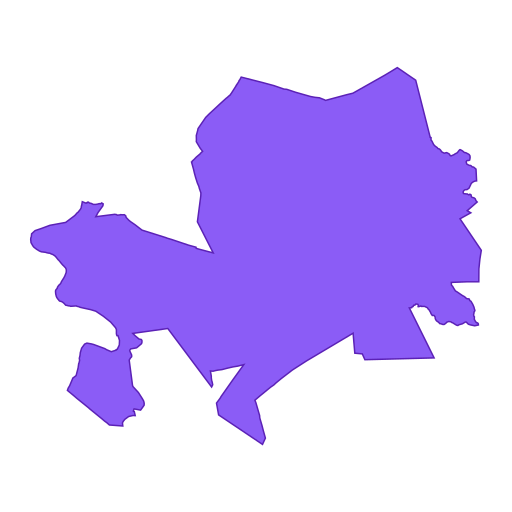 Totolapa, Chiapas, Mexico (Robinson projection)
{"feature_id": "50627088B34380257966429", "entity_name": "Totolapa", "entity_type": "district", "adm_level": 2, "iso_a3": "MEX", "parent_name": "Mexico", "parent_adm1": "Chiapas", "projection": "robinson", "projection_center": [-92.674, 16.512], "detail": "fine", "context": "isolated", "style": "filled", "palette": "violet", "viewbox_px": 512, "rotation_deg": 0, "n_neighbors": 0, "source": "geoboundaries", "source_scale": "gbopen_adm2", "svg_char_len": 5973}
<svg xmlns="http://www.w3.org/2000/svg" viewBox="0 0 512 512"><path d="M82.3,201.7L81.7,205.2L81.3,206.3L81.4,206.9L81.2,207.7L80.4,209.3L78.3,211.9L77.9,212.4L77.2,212.8L75.1,215.2L74.3,215.9L65.7,222.4L49.9,225.3L41.3,228.5L35.1,230.6L31.6,233.8L31.3,236.7L30.8,238.0L30.7,239.6L30.9,241.3L31.0,242.6L32.8,245.8L33.9,247.2L36.5,249.2L39.4,251.0L41.3,251.8L45.4,252.3L47.0,252.8L48.5,253.1L49.8,253.2L50.9,253.8L53.0,254.6L54.8,255.8L55.9,256.9L58.2,259.8L58.9,260.4L61.4,263.5L62.8,265.1L63.5,265.7L64.5,266.8L65.5,267.8L66.2,269.3L66.3,270.3L66.2,272.4L64.9,275.8L64.0,277.6L61.4,281.7L61.1,282.6L60.5,283.6L59.5,284.7L58.8,285.2L58.0,286.4L57.4,287.3L57.3,288.2L56.2,289.5L55.8,290.0L55.6,290.5L55.5,291.7L55.7,293.9L56.3,296.4L56.8,297.5L57.8,299.0L58.6,299.8L58.9,300.4L59.7,301.1L61.4,301.5L62.7,302.2L64.1,303.4L65.7,305.2L67.4,305.5L68.1,305.8L69.5,305.9L70.7,306.3L76.4,305.9L76.9,306.3L78.8,306.7L80.1,307.3L84.5,308.3L90.5,309.6L95.8,311.2L103.4,316.3L110.7,322.1L115.6,327.8L116.4,329.6L116.4,333.7L116.7,335.1L117.0,335.7L118.0,335.6L119.5,340.4L119.3,345.0L117.3,349.2L116.3,349.6L116.4,349.9L116.2,350.1L111.3,351.7L106.6,349.7L104.8,348.6L93.7,344.5L91.4,343.9L86.9,343.1L84.6,344.1L81.6,348.2L80.3,352.6L80.0,355.4L79.3,358.3L79.6,360.4L79.0,363.0L78.7,363.5L78.1,367.9L76.1,375.6L72.7,378.2L72.6,378.7L69.6,385.8L68.2,388.1L67.4,390.4L74.4,396.2L76.8,398.3L88.7,407.9L89.5,408.7L92.7,411.3L101.9,418.8L104.6,421.1L106.8,422.7L109.4,425.0L122.8,426.0L122.5,423.4L122.6,422.4L123.3,421.4L123.4,421.1L125.0,419.2L128.7,416.5L133.0,415.5L135.2,415.6L134.3,411.6L133.4,411.3L133.6,410.1L134.1,408.9L140.6,410.1L142.8,407.1L144.1,405.2L144.2,403.6L144.0,402.3L143.6,400.9L142.3,398.6L138.4,392.5L132.9,386.5L132.5,385.2L129.2,360.1L130.4,358.1L131.6,356.8L131.7,356.3L131.6,354.9L129.7,350.8L129.8,350.3L130.1,349.7L130.7,348.9L136.3,347.9L136.9,347.6L141.4,343.8L141.7,343.2L141.9,342.7L142.0,340.9L141.8,340.2L141.3,339.5L139.0,339.0L135.2,335.8L132.8,333.4L167.8,328.5L211.6,387.0L212.7,384.8L212.2,382.1L211.7,380.6L211.3,377.8L211.3,376.2L210.4,371.0L213.1,371.2L215.4,370.6L217.9,370.1L222.0,369.6L227.3,368.2L233.0,366.9L237.9,366.1L243.8,364.6L232.5,380.3L221.1,396.5L220.2,398.1L216.5,403.1L218.6,414.9L262.5,444.4L265.4,438.1L263.2,430.2L262.1,425.9L259.8,418.0L259.6,415.4L259.1,413.8L255.9,402.7L254.9,400.2L260.3,395.6L268.0,389.3L270.7,387.1L273.9,384.9L275.9,383.0L281.1,378.7L292.4,370.0L306.7,360.8L353.1,333.2L354.8,353.2L362.3,353.9L364.9,359.7L434.1,357.9L409.3,307.9L411.7,307.7L412.2,306.7L413.1,306.5L413.6,305.3L414.9,305.1L415.7,304.1L416.9,304.1L417.9,304.3L418.3,305.4L418.1,306.6L418.7,306.7L420.9,306.0L421.7,306.5L422.3,306.4L424.4,306.4L425.1,306.6L426.4,307.3L427.0,307.5L427.5,307.9L428.3,309.2L428.9,309.6L430.4,312.1L431.1,313.8L432.3,315.5L433.4,315.4L434.1,315.5L434.4,315.9L435.0,316.8L435.2,317.5L435.2,318.3L435.4,319.0L436.1,320.3L436.7,321.0L437.8,321.7L439.1,322.8L439.7,323.6L440.6,323.7L443.0,324.5L444.3,324.4L446.0,323.1L446.8,322.2L448.7,321.5L450.8,321.8L451.4,322.2L451.7,322.5L452.5,322.7L456.2,325.0L456.9,325.3L457.9,325.5L458.7,324.9L459.9,324.5L462.4,323.8L465.2,322.1L465.9,322.0L466.6,322.3L467.4,323.3L468.5,324.3L469.5,324.5L470.0,324.8L474.7,325.8L478.4,325.0L478.3,323.9L478.1,323.4L477.4,322.8L476.8,322.8L476.2,322.4L476.0,322.0L475.5,321.5L474.3,319.3L474.4,316.8L473.9,316.3L473.6,314.7L473.9,313.4L474.1,311.9L474.8,310.9L474.9,310.2L474.5,309.3L474.0,307.2L472.8,304.4L471.0,301.3L469.7,300.5L469.5,299.8L469.4,299.3L469.0,298.9L466.9,298.7L466.0,298.1L465.4,297.4L463.6,296.1L462.8,295.8L457.1,291.9L455.4,290.9L453.5,287.9L452.7,286.4L451.5,285.2L451.3,282.4L466.7,281.8L478.8,281.8L478.9,268.8L479.9,259.1L481.3,250.3L460.0,218.8L470.8,212.8L467.2,210.7L477.2,202.0L475.9,200.6L475.3,198.9L474.3,198.0L473.2,197.6L472.3,197.4L471.5,196.9L471.2,196.1L471.2,195.4L471.0,194.8L469.9,194.2L469.1,194.8L468.6,194.8L467.1,193.9L466.9,194.0L463.7,193.6L463.2,193.0L463.2,192.3L463.2,191.8L463.6,190.9L464.5,190.0L465.2,189.7L467.0,189.6L469.0,188.2L470.7,184.7L471.0,183.9L471.4,183.3L472.4,182.4L473.7,181.6L474.9,181.1L476.6,180.9L476.0,169.1L473.9,167.3L473.3,167.0L472.2,166.9L471.0,165.7L470.7,165.5L469.6,165.4L469.3,165.4L466.8,164.1L466.2,162.1L466.3,161.4L466.9,160.7L468.1,160.4L468.8,160.5L469.7,160.0L470.1,157.8L470.0,155.9L469.2,154.6L468.5,154.1L465.8,152.7L464.4,152.5L462.5,150.9L460.4,149.7L459.8,149.7L459.0,150.5L457.4,152.6L456.8,153.0L454.7,154.1L454.3,154.5L451.1,155.9L450.1,155.5L449.5,154.2L448.6,153.6L447.3,152.9L446.5,152.6L445.3,152.9L444.8,153.1L444.3,153.1L443.4,152.8L441.4,151.6L441.0,150.7L440.2,149.7L439.2,148.9L438.0,148.6L437.1,147.5L435.1,146.1L433.6,144.5L431.9,141.0L431.1,140.2L431.0,138.7L431.1,137.7L430.6,137.3L430.2,137.3L415.7,80.2L397.3,67.6L384.6,75.3L352.9,93.2L346.7,94.7L325.5,100.4L324.5,99.8L319.5,97.8L314.8,97.3L310.5,96.5L295.7,92.3L286.7,89.3L284.0,89.1L273.9,85.6L262.4,82.5L241.2,77.1L239.8,79.8L239.1,80.5L238.8,81.6L238.0,82.8L236.7,84.7L236.8,84.7L231.4,93.2L230.4,94.5L230.4,94.8L229.2,95.7L227.0,97.7L226.5,98.0L220.4,103.5L209.2,113.9L205.7,117.4L198.3,128.2L197.9,129.0L197.8,130.0L196.3,135.5L196.4,139.8L196.3,141.7L200.3,148.4L202.6,151.3L200.4,153.4L200.2,153.8L196.3,157.1L193.9,159.6L192.3,161.0L192.1,161.7L191.5,162.0L193.5,169.2L194.5,173.5L195.7,177.8L197.4,183.1L198.8,186.3L199.4,188.6L200.9,192.9L200.8,195.7L197.4,221.8L213.2,252.9L198.4,249.0L196.2,248.3L196.0,247.2L188.4,245.1L171.7,239.5L167.3,238.2L165.8,237.6L142.0,230.1L135.0,224.7L130.5,221.6L128.8,220.2L126.3,217.6L125.9,216.9L125.9,216.1L124.9,215.1L124.3,214.7L122.1,214.8L120.7,214.6L120.4,214.8L117.3,215.2L116.6,214.6L114.7,214.3L95.8,216.7L98.0,212.6L102.9,205.8L103.2,203.9L102.2,203.5L101.8,202.9L101.4,203.2L100.2,203.8L99.3,203.6L97.6,204.1L95.8,204.4L93.3,204.4L91.5,203.5L90.5,203.2L89.8,203.2L89.1,202.8L88.6,202.2L87.9,202.1L87.5,202.6L87.2,202.4L86.9,202.6L86.1,203.2L82.3,201.7Z" fill="#8b5cf6" stroke="#5b21b6" stroke-width="1.5"/></svg>